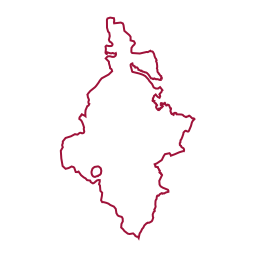 the district of Faradje, Orientale, Democratic Republic of the Congo, rotated 183°
{"feature_id": "63176286B94121502354965", "entity_name": "Faradje", "entity_type": "district", "adm_level": 2, "iso_a3": "COD", "parent_name": "Democratic Republic of the Congo", "parent_adm1": "Orientale", "projection": "robinson", "projection_center": [29.876, 3.486], "detail": "fine", "context": "isolated", "style": "outline", "palette": "rose", "viewbox_px": 256, "rotation_deg": 183, "n_neighbors": 0, "source": "geoboundaries", "source_scale": "gbopen_adm2", "svg_char_len": 5819}
<svg xmlns="http://www.w3.org/2000/svg" viewBox="0 0 256 256"><g transform="rotate(183 128 128)"><path d="M189.8,114.8L192.4,111.2L192.3,109.4L192.8,107.9L192.8,107.0L192.1,105.4L193.9,101.8L193.0,94.1L191.3,86.6L188.2,84.0L185.2,84.9L182.3,86.6L180.3,86.1L179.5,85.3L177.9,81.3L176.3,81.3L175.1,81.9L172.4,78.4L169.5,76.3L167.8,75.5L166.1,73.8L163.0,73.5L162.4,72.1L160.3,70.9L159.7,71.0L159.0,71.4L156.3,74.0L154.8,74.5L153.5,74.5L153.4,73.1L154.0,70.3L153.0,69.1L152.3,63.8L150.4,62.0L150.5,58.9L151.1,54.5L149.9,52.6L148.5,52.7L145.6,52.1L143.5,51.4L141.7,50.2L138.0,48.8L136.0,46.6L135.1,42.3L133.7,40.2L132.6,39.6L129.6,38.9L128.6,37.4L128.3,34.5L129.5,31.9L129.6,28.3L127.5,26.5L126.3,25.0L122.7,22.5L120.9,22.2L117.4,23.0L115.6,21.6L115.2,20.8L113.7,19.9L112.9,20.0L112.2,19.6L111.6,18.7L111.0,22.4L110.8,23.4L109.7,25.2L108.6,27.9L107.5,29.3L106.6,31.5L104.4,33.9L103.6,34.1L103.3,34.5L102.0,34.5L100.9,35.1L99.4,36.1L98.8,37.3L98.1,39.9L98.5,40.7L98.8,43.0L97.9,45.6L97.0,46.3L96.9,46.6L97.5,47.8L97.4,48.2L97.0,48.6L96.3,50.8L96.7,53.1L96.7,56.6L96.4,57.6L95.8,58.5L95.6,61.0L95.4,61.7L95.0,62.1L94.6,62.1L94.2,61.9L93.8,62.0L92.8,63.5L91.0,64.7L90.7,64.7L90.2,64.2L89.4,64.6L88.5,64.5L86.8,65.6L84.3,66.4L84.4,67.5L84.9,68.4L90.1,70.2L92.3,71.4L93.5,73.1L94.0,76.9L91.5,82.8L91.8,83.4L92.6,83.7L92.8,84.7L93.1,84.9L93.8,84.8L94.3,85.3L93.9,86.9L94.0,87.2L94.7,87.5L95.0,88.5L95.9,89.6L96.0,90.4L96.2,90.6L97.0,90.5L98.5,90.7L98.7,91.0L98.7,91.8L98.9,92.3L99.2,92.5L99.5,93.2L97.5,94.1L92.6,97.8L90.8,102.0L89.7,103.8L85.2,105.0L84.1,103.6L83.7,102.6L80.0,104.2L75.4,106.5L71.7,107.8L71.0,107.8L70.8,108.9L71.1,110.0L71.6,110.7L73.5,111.7L73.8,112.1L74.1,112.9L74.6,113.1L75.3,113.7L75.5,115.6L74.9,116.5L75.0,117.3L74.8,118.0L74.9,118.5L74.2,119.5L73.4,121.6L72.5,124.7L72.3,126.4L70.9,128.0L70.1,128.3L68.4,127.6L67.5,127.7L67.0,128.4L65.2,133.4L64.5,136.8L63.9,138.2L62.1,140.4L62.7,141.0L63.3,141.1L64.0,140.9L64.5,141.1L65.1,141.7L67.3,143.5L67.9,143.4L68.9,142.6L69.6,142.6L70.1,142.1L70.6,141.9L72.9,142.9L74.1,144.0L75.6,144.3L80.2,144.2L80.5,144.5L80.5,145.3L81.0,145.6L82.1,145.6L83.0,145.1L83.3,144.7L83.0,144.0L83.2,143.5L83.6,143.7L83.9,144.6L84.2,144.6L84.5,144.1L85.0,144.2L85.7,145.0L86.0,146.1L86.4,146.6L86.5,148.2L86.2,148.5L86.0,149.4L86.2,150.0L86.9,150.1L88.2,152.8L88.6,153.2L89.7,153.4L90.5,152.5L91.0,152.5L91.6,153.4L92.0,153.4L92.3,153.6L92.5,154.1L92.3,154.8L92.5,155.0L93.4,154.2L94.1,154.3L94.1,153.8L94.4,153.3L94.8,153.2L95.1,153.4L95.4,154.3L95.8,154.6L96.3,154.6L96.5,154.3L95.9,153.4L95.8,153.0L96.4,152.6L96.2,152.3L95.3,152.1L94.4,151.4L95.6,149.9L96.5,149.8L96.8,149.5L96.7,149.1L96.9,148.6L98.1,148.9L98.2,148.5L97.8,147.8L98.0,147.5L98.8,147.5L100.4,149.0L101.1,150.4L100.9,151.5L100.4,151.7L100.1,152.3L100.4,152.7L101.2,153.3L101.3,153.9L102.1,154.1L102.5,154.8L103.0,154.9L103.4,155.6L103.2,156.3L104.7,156.2L104.9,156.5L104.9,157.0L104.4,158.1L104.7,158.9L104.0,160.1L103.7,161.4L102.1,162.9L101.1,161.7L99.7,160.5L98.1,159.8L97.5,161.2L97.8,162.4L98.4,163.2L98.0,164.0L97.5,164.4L97.2,165.0L96.6,165.5L96.1,167.1L95.6,167.6L98.1,170.5L100.0,169.0L102.4,168.9L104.5,169.9L106.2,173.1L109.1,176.0L110.2,177.6L111.6,179.0L113.4,180.7L115.6,181.8L117.1,182.3L119.6,183.0L126.5,184.3L126.9,184.9L127.4,186.7L128.6,190.1L128.7,191.3L128.3,191.9L128.1,192.2L127.0,192.7L126.5,191.1L126.1,190.5L125.3,190.4L125.0,189.9L124.5,189.9L123.9,188.7L123.6,188.7L123.1,189.0L122.0,188.9L120.9,187.6L120.7,186.7L119.3,186.4L118.5,185.8L118.1,185.7L117.7,186.0L117.4,186.0L116.6,185.1L116.0,185.1L115.1,184.9L113.9,184.4L113.2,184.5L111.9,183.9L110.3,182.4L107.6,178.8L106.3,178.7L105.7,178.2L105.1,178.2L104.7,178.8L104.1,178.9L103.7,178.5L103.1,178.4L102.8,178.2L102.5,178.1L102.2,178.3L100.8,178.3L99.0,177.7L97.9,177.7L98.0,178.4L97.7,178.8L97.6,179.2L96.9,179.1L96.8,179.7L97.0,180.2L97.5,180.7L97.6,181.6L98.4,181.9L99.6,183.5L100.1,183.7L100.3,184.4L101.2,185.2L101.6,186.3L101.7,187.8L102.3,189.2L102.0,190.2L102.2,192.2L102.7,194.8L103.4,196.0L103.4,196.6L103.0,197.1L103.6,198.5L104.1,198.9L105.1,200.8L105.9,203.4L107.2,205.4L107.7,205.7L109.2,205.8L109.7,206.3L112.2,204.8L113.4,204.9L120.1,203.0L127.7,203.1L128.5,203.9L128.7,205.0L128.7,208.2L127.4,210.3L126.0,211.7L125.5,213.1L126.6,214.9L130.0,215.6L130.2,219.2L130.8,220.0L131.6,220.9L136.7,224.8L137.9,230.6L138.7,232.2L140.7,232.9L147.3,231.8L147.6,233.1L147.4,233.6L147.4,235.0L147.8,236.9L151.6,237.3L154.2,236.3L154.7,234.9L154.2,227.0L152.9,223.2L151.7,222.1L151.0,218.8L151.7,215.1L150.8,213.3L149.1,212.5L147.8,210.9L148.1,209.6L149.0,209.0L151.2,208.8L153.8,209.2L154.7,208.2L154.2,205.8L154.4,201.9L153.4,200.8L153.1,200.8L152.9,201.1L152.7,202.5L149.7,201.7L148.5,201.7L147.2,202.1L145.6,201.6L144.8,201.6L144.1,202.1L143.8,201.2L144.0,200.0L144.4,199.3L145.8,198.3L147.5,198.2L149.7,198.7L152.1,198.5L153.9,196.3L150.6,193.3L150.3,191.3L149.2,188.3L149.1,187.0L148.9,186.6L148.1,186.3L147.4,185.6L146.8,183.9L150.1,180.4L156.9,176.2L158.6,173.9L159.8,171.7L161.9,168.5L163.1,167.0L167.6,163.0L169.5,160.5L170.3,159.1L170.0,158.5L169.7,156.8L168.6,154.5L168.5,153.6L168.9,152.4L168.9,151.5L168.5,150.3L167.9,150.0L168.5,148.5L169.4,147.8L169.8,147.7L171.3,143.6L171.4,140.7L171.1,137.5L172.3,138.3L174.3,138.9L174.8,139.3L175.3,138.7L175.9,137.3L176.5,136.9L177.0,135.8L177.1,134.5L175.7,133.6L174.9,132.8L174.1,131.5L173.0,129.1L171.9,126.1L172.1,125.5L172.1,124.6L171.5,122.2L171.7,121.4L172.1,120.8L172.9,120.4L173.7,120.3L174.8,120.7L175.6,120.7L176.6,120.1L178.0,118.8L180.1,118.9L180.6,119.1L184.6,116.7L189.8,114.8ZM155.2,79.0L155.5,78.4L156.8,78.2L158.4,77.4L159.6,77.6L160.4,78.0L161.2,78.9L161.7,79.9L162.1,81.3L162.1,82.8L161.3,85.6L160.2,86.7L159.2,87.4L155.9,88.1L154.8,87.7L153.1,86.3L152.4,83.8L152.7,81.0L153.8,79.6L155.2,79.0Z" fill="none" stroke="#9f1239" stroke-width="2"/></g></svg>